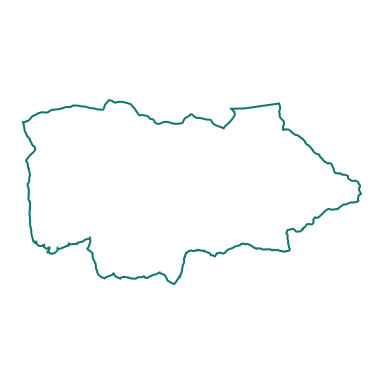 Borsa, Maramures, Romania (orthographic projection)
{"feature_id": "2599482B59902252532160", "entity_name": "Borsa", "entity_type": "district", "adm_level": 2, "iso_a3": "ROU", "parent_name": "Romania", "parent_adm1": "Maramures", "projection": "orthographic", "projection_center": [24.861, 47.649], "detail": "fine", "context": "isolated", "style": "outline", "palette": "teal", "viewbox_px": 384, "rotation_deg": 0, "n_neighbors": 0, "source": "geoboundaries", "source_scale": "gbopen_adm2", "svg_char_len": 5934}
<svg xmlns="http://www.w3.org/2000/svg" viewBox="0 0 384 384"><path d="M174.5,283.9L178.8,277.7L179.7,277.4L180.0,276.7L179.5,276.1L180.5,275.2L180.8,273.8L181.5,273.0L181.5,272.1L182.1,270.5L182.2,268.1L182.7,266.7L182.7,265.4L184.2,262.5L184.1,261.9L184.0,258.4L184.3,258.1L184.3,257.5L185.1,256.9L185.0,256.1L185.4,254.4L186.2,253.9L186.1,253.0L186.8,252.8L187.1,252.2L188.2,251.8L188.5,251.2L189.5,251.1L190.0,250.7L190.7,250.8L191.3,250.4L192.8,251.0L194.7,251.0L195.4,250.4L196.6,250.3L197.0,249.8L198.0,250.0L198.7,250.5L199.5,250.0L200.3,250.4L203.1,250.9L203.5,250.6L204.1,251.1L204.5,250.9L206.0,251.9L209.0,252.8L210.0,253.5L210.8,255.2L212.8,255.2L213.5,255.9L214.7,256.5L215.2,256.1L216.2,254.2L216.7,254.0L217.2,253.1L220.1,252.7L223.0,253.6L225.1,252.7L225.7,251.7L227.8,249.7L232.8,247.9L235.3,246.4L237.8,245.9L239.0,245.2L239.7,245.3L241.4,243.8L242.8,243.9L243.3,243.5L244.2,244.1L245.7,244.3L246.8,243.8L248.8,244.4L252.0,246.1L254.9,248.2L256.0,248.2L256.4,248.8L259.0,248.2L260.9,248.7L262.1,249.4L268.8,249.4L270.0,249.2L272.2,250.4L272.7,250.3L273.3,249.7L275.7,250.3L277.3,249.9L280.5,251.0L282.2,250.9L283.4,251.6L284.7,251.7L285.8,251.2L287.4,251.2L288.8,250.7L289.5,250.3L289.8,249.1L289.1,247.5L288.9,245.9L288.0,243.1L288.0,242.6L288.4,241.5L287.4,238.5L287.6,237.5L287.5,236.5L287.7,235.3L286.5,233.8L286.3,233.2L286.9,232.1L286.8,231.5L287.8,230.0L292.8,228.9L293.5,229.1L296.3,231.6L300.0,231.5L302.9,229.4L302.5,228.6L305.1,226.9L306.1,225.2L307.1,224.2L308.2,224.0L311.6,224.4L312.3,224.2L313.6,222.5L313.3,220.6L313.4,219.3L314.6,218.4L315.0,217.4L317.6,217.8L319.1,216.9L325.7,210.5L327.5,209.3L329.1,208.9L330.9,209.6L332.8,209.6L338.0,208.9L338.8,208.2L338.9,207.7L340.4,206.9L343.3,204.6L345.8,204.5L350.7,202.4L354.2,202.5L357.5,201.7L358.5,200.7L358.2,200.0L358.0,198.5L358.5,196.0L359.3,194.9L361.0,194.0L360.9,193.6L359.1,190.1L359.1,187.8L360.1,186.8L360.2,186.3L359.6,184.6L358.7,183.9L358.3,182.4L357.3,181.5L355.2,180.7L351.9,180.9L351.1,180.5L348.9,179.0L348.1,178.0L347.9,177.3L348.0,176.2L347.6,175.6L343.8,174.6L342.7,174.8L339.8,173.2L337.9,173.6L336.5,173.1L335.3,173.0L334.0,170.8L333.7,168.5L332.9,167.6L331.7,164.2L329.3,163.0L327.5,163.4L325.5,161.9L324.4,161.6L322.8,159.7L322.4,158.7L321.5,158.2L320.0,156.6L319.2,154.7L315.8,153.5L315.1,152.8L313.5,151.7L312.8,150.0L312.3,149.7L310.5,147.3L308.3,145.1L306.4,144.2L305.8,143.1L305.1,142.6L305.2,141.5L302.9,139.4L302.5,138.5L301.2,138.2L299.7,136.7L296.9,135.0L295.8,135.0L294.5,134.4L292.3,132.9L291.9,132.1L291.3,131.7L290.7,130.8L289.9,130.6L289.0,129.7L285.2,129.3L283.6,129.9L283.0,129.7L282.8,129.3L283.2,127.6L283.1,126.8L284.0,123.8L284.0,122.3L283.4,120.9L280.7,118.1L279.6,116.5L279.8,114.7L279.2,111.7L280.2,108.2L279.9,106.0L279.1,103.5L244.8,108.4L231.3,108.8L234.5,112.2L234.8,114.3L234.6,115.5L231.7,119.8L229.8,122.0L224.6,126.7L223.6,128.4L222.1,127.6L215.1,125.0L212.8,123.2L210.8,120.0L209.3,119.6L207.2,119.7L200.1,118.0L196.5,117.8L194.4,116.8L192.9,115.2L191.7,114.3L190.4,114.4L189.3,115.8L185.7,117.8L184.5,118.9L182.9,121.8L182.8,122.6L181.7,123.3L175.9,123.9L171.1,123.1L169.5,122.3L165.4,121.8L163.3,122.2L159.2,123.9L157.3,123.7L155.9,123.2L154.5,121.8L153.5,119.6L149.8,118.6L148.4,116.7L146.9,115.8L141.8,115.0L139.9,115.3L138.9,114.9L134.5,108.5L130.7,104.1L123.0,101.9L118.9,101.8L115.1,102.7L112.6,101.4L111.9,100.7L110.4,100.6L109.3,100.1L108.5,100.4L107.1,102.5L106.2,103.3L105.2,104.7L104.6,105.7L103.9,108.5L102.7,109.8L96.3,109.2L94.6,108.5L89.4,107.9L85.2,106.6L82.4,106.5L77.2,105.5L75.1,105.7L73.2,105.4L70.2,107.2L66.4,106.9L60.0,109.0L51.7,109.9L49.5,111.1L48.4,112.1L46.7,112.6L41.8,112.2L37.3,113.6L36.8,114.2L32.2,116.3L29.8,119.4L28.3,120.7L26.3,121.3L24.7,122.3L23.0,122.2L24.1,126.4L24.6,130.8L26.0,133.3L27.3,136.4L28.0,136.9L28.7,138.0L30.1,139.4L30.2,141.1L31.4,142.6L31.9,144.2L33.1,145.8L33.9,146.1L35.2,147.9L34.9,149.7L35.1,150.0L33.7,151.9L29.8,155.4L26.1,160.4L26.3,161.2L27.0,162.0L27.2,163.0L27.6,163.5L27.9,165.0L27.8,166.3L28.4,168.3L28.7,168.2L29.0,168.8L28.7,169.2L28.9,170.9L29.7,172.4L29.7,174.2L30.0,175.4L29.5,176.8L29.5,177.6L29.2,178.2L29.4,178.8L29.0,181.8L28.8,182.5L28.0,183.4L27.5,185.0L28.0,186.3L27.9,186.8L28.5,187.6L28.6,189.3L29.0,189.8L28.6,190.4L28.8,190.9L28.8,192.8L29.0,193.3L28.5,195.6L28.7,197.2L28.4,198.0L28.3,199.2L29.6,201.1L30.0,201.9L29.7,202.4L30.1,202.7L30.1,203.7L30.2,204.0L29.9,204.8L30.1,206.2L29.8,208.9L30.0,209.7L29.4,211.9L29.7,212.5L29.4,213.7L29.9,216.4L29.8,217.7L30.0,218.2L29.8,219.1L30.2,221.2L29.8,224.1L30.1,224.7L31.2,229.9L31.5,234.3L32.2,237.1L33.3,240.9L34.2,241.5L33.9,241.7L34.5,242.0L34.6,242.6L35.0,242.9L35.5,242.1L35.9,242.5L36.2,242.1L36.5,243.0L36.4,243.4L38.3,245.5L39.0,245.9L41.8,246.1L43.3,245.0L44.1,244.8L44.1,245.4L43.7,246.2L43.8,246.6L44.7,247.5L46.7,248.8L49.4,247.4L49.5,248.6L49.0,250.0L48.1,250.8L48.0,251.5L47.5,252.4L47.7,252.5L48.1,251.8L48.8,251.6L50.2,253.4L52.1,253.8L54.7,253.0L56.9,251.0L57.9,249.3L57.5,248.8L57.6,248.1L58.5,248.9L60.8,248.5L66.6,246.1L67.4,245.4L67.2,245.9L67.5,246.0L68.2,245.6L68.5,244.8L68.6,245.3L68.9,245.2L69.1,243.9L69.7,244.7L70.2,244.5L69.7,244.3L70.0,244.2L77.1,243.9L77.1,243.5L77.5,242.8L81.0,241.9L82.3,241.8L85.3,239.6L88.8,238.8L89.9,237.8L90.5,240.5L89.9,242.7L89.9,243.4L89.2,244.9L89.1,246.0L87.3,248.9L88.6,250.1L90.4,251.2L92.2,252.9L92.7,254.1L92.5,255.3L92.7,256.0L92.5,256.7L93.0,258.5L95.6,263.8L96.0,267.2L95.8,268.1L96.3,269.3L97.2,270.4L97.2,272.3L98.5,274.8L101.1,276.9L104.6,278.4L105.7,277.3L110.9,275.4L112.8,274.3L113.2,273.5L113.8,273.5L114.6,275.4L115.7,276.5L120.1,278.6L120.4,277.9L123.6,276.8L129.0,277.7L132.0,278.7L134.2,278.5L135.6,278.7L136.6,278.3L137.6,277.2L141.0,277.3L142.9,276.9L143.9,276.3L145.3,277.8L147.5,277.9L150.4,276.0L151.2,276.0L153.3,274.8L156.0,274.4L159.7,272.4L160.0,273.1L164.7,275.0L166.8,278.6L167.3,280.4L172.1,283.2L173.3,283.8L174.5,283.9Z" fill="none" stroke="#0f766e" stroke-width="2"/></svg>